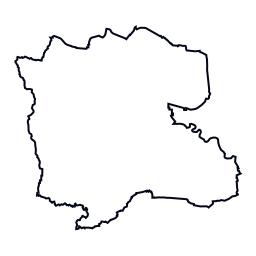 the district of Sankhaburi, Chai Nat, Thailand
{"feature_id": "78962969B50930938834164", "entity_name": "Sankhaburi", "entity_type": "district", "adm_level": 2, "iso_a3": "THA", "parent_name": "Thailand", "parent_adm1": "Chai Nat", "projection": "orthographic", "projection_center": [100.153, 15.021], "detail": "fine", "context": "isolated", "style": "outline", "palette": "ink", "viewbox_px": 256, "rotation_deg": 0, "n_neighbors": 0, "source": "geoboundaries", "source_scale": "gbopen_adm2", "svg_char_len": 5710}
<svg xmlns="http://www.w3.org/2000/svg" viewBox="0 0 256 256"><path d="M237.9,194.6L237.7,194.1L236.9,193.7L236.6,193.0L237.0,191.4L237.5,191.0L237.6,190.6L237.0,187.1L236.9,183.8L236.6,181.4L237.8,180.8L237.0,177.8L236.6,177.8L236.7,175.3L240.6,173.6L239.6,172.7L239.2,171.1L238.0,170.7L237.6,168.2L238.3,168.2L237.7,167.4L238.1,167.0L235.1,161.9L235.6,156.9L233.1,156.1L232.6,156.3L231.1,158.2L227.8,158.5L226.4,158.4L224.9,157.6L224.5,156.7L224.9,153.9L224.5,153.8L224.4,153.1L223.9,152.2L220.9,149.7L219.1,145.7L218.3,142.7L218.0,139.6L217.6,138.8L216.5,138.0L215.3,137.6L212.9,137.6L210.6,138.3L209.8,138.8L208.2,140.9L207.3,141.6L206.1,141.9L205.1,141.6L204.6,141.1L203.9,139.5L200.7,137.7L199.5,136.6L199.6,135.0L200.6,133.0L200.8,131.9L200.7,131.0L200.3,130.2L199.4,129.7L198.9,129.8L196.8,132.0L193.6,131.8L193.1,131.6L192.2,130.8L192.1,130.3L192.4,129.7L193.3,129.1L194.9,128.5L195.5,127.8L195.6,126.7L195.0,125.5L194.5,125.1L191.6,123.9L190.0,124.1L189.9,126.6L189.6,127.2L186.9,127.9L186.3,126.8L185.4,126.1L184.7,125.1L182.7,124.2L180.2,123.8L173.5,123.9L175.2,121.6L171.9,117.5L170.9,115.8L171.5,115.2L172.9,115.3L173.0,113.4L171.9,113.3L171.9,109.6L169.3,109.5L169.4,107.6L168.3,107.6L168.4,103.8L184.1,108.1L184.1,110.0L186.2,110.0L186.2,108.1L190.7,109.7L195.2,109.0L197.4,108.1L198.6,107.2L201.6,105.0L204.9,101.8L206.0,98.7L208.1,98.9L209.0,98.0L209.0,96.1L210.2,93.7L209.1,92.0L209.1,88.7L207.1,69.9L207.2,66.1L207.0,59.2L206.5,57.1L206.4,55.2L206.1,54.9L202.6,53.0L200.0,51.9L199.3,51.4L199.5,50.9L195.0,51.3L186.6,50.4L186.2,49.2L185.8,46.3L185.3,45.9L182.7,45.9L181.0,45.4L178.6,45.2L178.1,46.1L178.4,46.9L177.2,45.7L173.0,45.4L171.9,44.2L171.8,44.4L170.7,43.3L170.5,43.5L167.4,40.2L167.2,40.3L165.1,38.2L164.9,38.4L163.2,36.9L162.1,37.8L160.8,35.9L160.1,36.2L145.9,28.1L144.2,27.8L140.2,27.8L136.7,29.3L135.7,27.5L135.7,26.9L134.8,27.5L133.9,30.5L130.2,35.0L129.8,34.7L126.3,39.2L125.0,38.3L113.1,33.5L111.7,32.4L110.2,29.8L108.8,29.2L106.4,28.8L105.6,33.3L105.2,34.7L104.2,36.2L102.7,37.5L100.4,36.6L99.1,35.7L91.7,37.7L90.7,38.3L90.1,39.2L89.0,42.4L88.9,43.6L89.2,44.7L88.1,44.9L88.4,47.3L86.9,47.3L86.7,48.5L86.0,48.8L76.4,48.0L76.2,47.4L72.3,46.6L71.0,46.1L70.9,45.9L68.0,45.1L65.5,43.8L61.4,39.2L60.3,38.3L54.1,35.9L52.8,36.6L52.8,37.6L50.4,37.6L51.1,38.6L51.4,40.3L50.4,41.4L49.7,44.7L48.8,45.9L48.1,46.2L47.6,47.3L47.6,48.0L47.9,48.5L47.2,48.8L46.4,49.9L45.7,50.3L45.1,51.1L44.7,52.4L44.1,52.8L43.4,56.9L42.6,57.2L42.2,57.8L42.2,58.8L41.4,59.5L41.6,60.5L40.7,60.5L37.9,59.8L36.0,60.3L35.4,59.9L34.9,60.0L32.4,59.4L31.2,58.1L30.6,58.2L29.8,58.8L25.1,56.6L23.6,57.6L22.4,57.9L22.0,57.2L20.0,57.8L17.9,56.9L17.3,57.2L17.4,59.3L16.7,60.3L15.4,61.2L15.5,62.1L16.4,63.5L16.9,64.6L17.8,65.4L17.8,67.1L18.8,67.9L18.7,69.5L18.9,71.1L19.4,71.9L19.6,73.4L19.4,74.4L20.1,75.1L20.1,76.3L21.1,77.3L22.2,77.6L23.0,78.1L23.4,78.9L23.4,79.5L23.7,80.1L24.1,80.2L24.5,81.0L24.6,82.0L24.4,82.7L24.7,83.4L24.4,84.7L25.0,88.0L25.3,88.1L26.9,89.2L29.7,89.0L31.8,89.5L32.0,89.9L31.8,92.4L33.6,94.2L33.8,95.9L34.5,98.0L35.1,99.0L34.6,101.1L34.8,103.7L34.5,104.2L32.8,105.0L32.0,107.8L32.0,108.3L33.6,110.9L33.4,112.4L30.9,114.9L28.3,116.3L29.4,118.9L28.4,119.7L27.8,121.4L27.8,122.4L28.4,124.8L28.6,130.8L29.6,133.3L31.0,134.0L31.5,134.7L31.5,135.3L31.8,136.2L31.2,137.0L31.2,138.3L31.8,139.3L34.2,141.0L35.1,142.7L35.3,145.7L35.9,149.5L35.6,153.5L35.8,154.0L37.4,155.8L37.5,156.5L37.2,157.2L38.5,158.4L38.9,160.0L39.7,161.3L39.8,163.4L39.3,164.5L39.4,166.4L39.8,167.9L40.0,168.4L42.4,169.1L42.2,175.7L41.3,175.7L41.2,180.3L40.0,180.3L39.9,183.1L38.9,183.2L38.9,185.5L38.2,187.3L38.1,189.3L38.6,192.7L37.3,192.8L37.0,195.5L38.7,195.0L38.8,195.8L40.3,195.6L40.9,196.5L45.2,197.8L46.1,198.5L48.7,198.0L49.7,199.1L49.9,200.9L51.3,201.8L51.8,202.7L52.2,202.7L53.1,201.8L54.3,201.6L54.6,203.1L54.9,203.4L54.8,204.4L56.0,205.8L58.3,204.5L59.0,204.6L59.8,205.4L61.5,204.3L62.9,204.8L65.0,203.3L65.9,203.9L66.6,205.1L67.7,204.9L68.6,205.5L69.1,204.9L69.6,204.7L70.8,205.4L71.2,206.1L72.1,205.9L72.2,206.5L72.6,206.8L73.4,206.4L74.5,206.6L74.8,206.5L74.5,205.2L75.1,204.6L75.0,203.9L75.5,203.6L76.4,205.2L76.7,205.4L77.7,205.4L79.9,204.8L82.8,205.7L83.2,206.6L82.6,207.6L83.6,209.6L84.0,210.0L85.1,209.7L85.5,208.1L85.9,207.9L86.4,208.0L87.2,209.6L86.6,210.6L86.5,211.5L87.7,213.3L88.0,214.5L87.4,216.3L85.8,217.9L85.0,217.0L83.6,216.6L82.9,215.9L82.4,215.9L81.7,217.3L80.5,218.4L79.9,220.1L79.2,220.2L78.0,220.0L77.4,220.4L76.3,222.1L76.4,222.9L77.1,224.7L77.0,225.6L76.3,227.2L76.2,229.1L78.6,228.6L79.2,226.3L80.2,226.8L81.5,228.2L83.9,227.4L84.3,227.8L84.3,227.6L89.0,227.7L92.0,228.1L92.2,228.3L92.9,227.9L93.1,227.5L93.5,227.5L94.5,227.1L94.8,226.4L97.9,225.9L99.2,226.0L99.1,224.3L99.8,224.1L100.0,223.9L99.8,223.7L100.8,223.3L101.5,221.5L105.2,222.0L105.6,221.6L107.5,222.9L110.6,219.9L110.8,219.8L110.9,220.0L115.4,218.1L117.4,216.0L116.8,215.3L117.6,214.5L116.8,212.4L120.6,210.6L120.8,210.9L122.2,210.4L122.7,210.7L124.4,207.4L126.8,206.6L127.1,205.3L126.9,203.8L127.7,203.2L128.1,202.3L130.0,201.1L130.5,199.7L132.0,197.6L131.5,197.1L134.4,195.1L135.8,194.4L135.7,194.1L136.4,193.8L136.4,193.0L137.4,193.0L142.7,192.0L146.6,190.8L146.7,191.5L148.0,190.8L148.5,191.7L149.3,191.2L149.6,190.7L150.9,192.1L151.4,191.8L152.3,194.3L152.4,197.7L154.0,197.3L154.3,197.8L158.1,197.4L164.9,197.5L166.4,197.8L169.4,197.8L186.4,199.2L187.5,199.7L187.6,200.4L187.9,200.7L188.1,201.6L188.6,201.7L189.2,202.5L189.8,202.7L191.0,203.4L193.9,204.0L194.1,204.5L194.0,205.2L200.2,206.4L206.2,206.3L207.6,206.6L208.6,207.5L212.8,203.8L213.0,203.1L212.7,201.3L216.4,201.1L217.2,200.7L219.4,200.8L221.2,200.1L224.7,200.7L229.2,198.7L232.3,196.4L235.3,195.9L237.9,194.6Z" fill="none" stroke="#020617" stroke-width="2"/></svg>